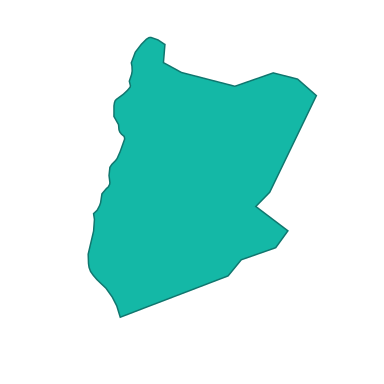 Boyd, Kentucky, United States of America (Natural Earth projection), rotated 200°
{"feature_id": "52423323B73616637816742", "entity_name": "Boyd", "entity_type": "district", "adm_level": 2, "iso_a3": "USA", "parent_name": "United States of America", "parent_adm1": "Kentucky", "projection": "natural_earth1", "projection_center": [-82.623, 38.37], "detail": "fine", "context": "isolated", "style": "filled", "palette": "teal", "viewbox_px": 384, "rotation_deg": 200, "n_neighbors": 0, "source": "geoboundaries", "source_scale": "gbopen_adm2", "svg_char_len": 1020}
<svg xmlns="http://www.w3.org/2000/svg" viewBox="0 0 384 384"><g transform="rotate(200 192 192)"><path d="M216.6,49.8L196.4,67.4L129.4,125.5L122.5,145.2L94.3,168.3L88.6,188.3L127.1,200.2L118.9,218.3L108.1,325.1L131.4,334.2L156.4,331.7L187.9,306.0L242.8,300.7L263.1,303.8L267.9,321.4L268.2,321.4L276.0,323.3L283.5,323.2L285.2,322.4L287.1,320.0L290.1,313.5L293.1,304.0L293.2,292.6L291.4,289.6L289.6,285.2L289.0,281.9L288.8,274.7L286.2,270.8L286.0,269.3L287.4,265.5L290.0,260.3L294.6,253.4L295.4,251.7L295.4,249.4L294.8,246.3L292.0,238.6L291.2,236.3L284.1,230.2L281.9,225.5L280.4,223.7L278.0,222.2L274.7,221.0L273.4,218.8L273.3,205.2L273.8,197.9L274.6,195.3L276.8,190.5L277.6,187.1L276.0,180.7L275.6,179.1L272.4,172.8L272.0,171.1L272.4,168.1L273.6,166.0L276.0,159.5L274.2,150.5L274.2,147.4L274.9,142.4L277.1,138.0L274.3,132.9L271.1,121.6L268.3,98.1L264.8,89.4L262.9,85.9L260.1,82.6L256.2,79.9L251.4,77.2L246.7,75.1L240.0,72.2L231.0,66.0L223.7,59.2L216.6,49.8Z" fill="#14b8a6" stroke="#0f766e" stroke-width="1.5"/></g></svg>